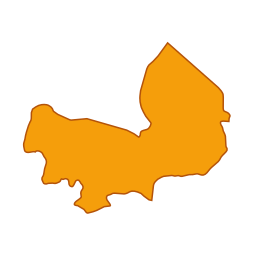 map outline of Biskra (Equal Earth projection), rotated 188°
{"feature_id": "DZA-2211", "entity_name": "Biskra", "entity_type": "Province", "adm_level": 1, "iso_a3": "DZA", "parent_name": "Algeria", "parent_adm1": "", "projection": "equal_earth", "projection_center": [5.569, 34.431], "detail": "fine", "context": "isolated", "style": "filled", "palette": "amber", "viewbox_px": 256, "rotation_deg": 188, "n_neighbors": 0, "source": "natural_earth", "source_scale": "10m", "svg_char_len": 2854}
<svg xmlns="http://www.w3.org/2000/svg" viewBox="0 0 256 256"><g transform="rotate(188 128 128)"><path d="M78.1,87.1L86.0,85.1L88.1,83.9L91.4,81.4L93.5,78.7L94.5,76.7L94.8,74.8L94.4,59.6L97.2,59.8L102.6,62.7L105.9,65.0L109.8,66.0L112.8,66.3L115.4,66.0L117.4,65.1L119.4,63.6L121.1,62.7L122.7,62.2L131.8,61.6L133.6,61.3L134.7,60.7L135.9,59.8L136.7,59.4L138.3,58.7L139.2,58.0L139.6,57.1L139.6,55.8L139.4,55.1L138.9,54.0L138.4,53.4L135.3,50.1L134.7,49.0L135.0,48.3L140.6,46.8L147.4,42.1L151.0,40.2L155.9,38.2L156.7,38.2L157.6,38.6L160.3,41.3L167.0,44.1L168.7,44.1L169.8,44.3L170.4,44.7L170.5,45.9L170.0,47.0L169.1,48.2L166.0,51.2L165.0,52.4L164.7,53.3L165.7,57.0L165.6,58.7L164.3,61.8L164.3,63.5L165.3,65.2L167.2,66.9L168.0,68.0L169.5,69.4L170.9,69.4L171.9,68.7L172.4,68.3L173.6,64.5L174.2,63.1L174.8,62.3L175.7,62.1L176.7,62.3L177.6,62.8L178.4,63.8L178.8,65.0L179.1,66.3L179.6,67.6L179.9,68.1L180.4,68.6L181.6,69.1L183.1,69.1L184.9,68.2L185.2,68.1L186.7,68.3L186.9,68.2L187.1,67.9L187.7,66.0L188.4,65.1L190.8,63.6L192.0,63.1L193.2,62.9L195.2,62.9L199.2,62.1L201.0,61.3L202.5,61.1L203.8,61.5L205.2,63.5L206.0,64.9L206.2,66.5L206.0,67.3L205.3,69.0L205.1,70.1L205.0,71.7L204.9,76.1L204.0,81.6L204.1,83.3L204.7,85.1L205.7,86.5L207.0,87.8L209.3,91.0L210.1,91.7L211.3,92.3L212.6,92.7L214.1,92.8L215.3,92.5L215.8,92.3L216.4,91.4L217.8,91.5L218.8,91.3L222.7,90.1L224.0,89.9L225.0,89.9L225.7,90.1L226.3,90.3L226.8,90.7L227.4,91.7L228.6,95.1L229.0,96.8L229.1,98.3L228.5,102.6L228.4,106.1L228.0,109.8L226.9,116.4L225.7,120.8L225.3,121.6L225.1,123.0L225.1,124.2L225.8,129.7L225.1,133.4L222.3,136.0L219.6,137.9L216.7,139.1L214.2,139.6L211.7,139.7L210.0,139.4L208.9,138.9L207.4,138.2L206.2,137.2L205.3,136.2L204.8,135.1L204.0,134.1L199.4,131.7L186.8,128.0L185.4,127.9L170.0,131.5L128.9,125.7L121.3,123.1L116.4,120.6L116.1,120.5L115.8,120.7L115.4,121.2L114.9,122.7L115.0,124.4L114.8,125.8L113.9,126.9L112.5,127.7L109.3,129.1L108.3,129.7L107.5,130.6L106.9,131.6L106.3,132.9L106.0,134.2L105.8,135.5L106.1,136.3L106.5,136.8L112.1,142.2L115.0,146.1L117.5,150.0L118.3,151.8L119.6,155.4L120.4,159.3L120.6,161.6L120.7,166.8L117.6,189.1L116.9,191.5L115.9,193.5L112.5,197.4L108.3,203.4L100.6,217.8L44.1,180.5L40.6,177.4L39.0,175.4L38.5,174.3L37.9,171.5L36.5,160.9L36.2,159.7L35.7,158.6L34.8,158.0L32.2,157.3L30.6,156.6L29.3,155.4L28.8,154.6L28.7,153.8L29.1,152.2L29.2,151.2L29.0,148.5L34.7,148.1L35.7,147.8L36.9,147.3L37.2,146.5L37.0,145.3L36.4,144.1L35.4,142.9L34.5,141.6L33.3,138.4L31.3,135.3L30.4,133.4L28.6,124.1L28.2,122.9L27.5,122.1L27.0,121.2L26.9,119.6L27.8,117.8L30.7,113.9L31.8,112.1L32.8,109.4L34.0,107.3L39.8,100.6L41.2,98.7L43.6,94.7L45.1,93.0L46.7,92.0L48.2,91.7L49.6,91.8L51.9,92.2L52.9,92.3L54.2,92.0L57.4,90.9L61.0,90.3L67.7,87.7L69.0,87.5L71.1,87.9L72.3,87.7L74.5,87.0L75.5,86.9L76.8,87.1L78.1,87.1Z" fill="#f59e0b" stroke="#b45309" stroke-width="1.5"/></g></svg>